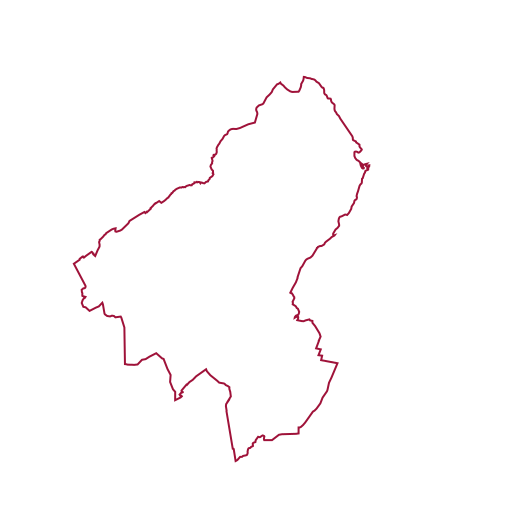 the district of Batarci, Satu Mare, Romania, rotated 307°
{"feature_id": "2599482B29173948913219", "entity_name": "Batarci", "entity_type": "district", "adm_level": 2, "iso_a3": "ROU", "parent_name": "Romania", "parent_adm1": "Satu Mare", "projection": "robinson", "projection_center": [23.175, 48.032], "detail": "fine", "context": "isolated", "style": "outline", "palette": "rose", "viewbox_px": 512, "rotation_deg": 307, "n_neighbors": 0, "source": "geoboundaries", "source_scale": "gbopen_adm2", "svg_char_len": 6136}
<svg xmlns="http://www.w3.org/2000/svg" viewBox="0 0 512 512"><g transform="rotate(307 256 256)"><path d="M427.8,186.4L425.9,187.5L424.4,188.1L420.4,188.6L419.8,189.2L417.7,190.2L414.0,191.1L412.8,191.1L408.8,186.2L408.1,184.3L407.8,180.6L408.1,177.5L408.6,175.4L408.6,172.1L409.2,171.0L407.1,170.4L405.8,169.5L399.2,169.2L396.6,169.9L395.7,169.9L393.1,169.7L389.1,169.0L382.2,170.1L381.1,169.8L378.0,167.7L375.0,167.2L374.1,167.4L372.9,168.1L372.3,168.8L371.5,170.4L370.3,171.6L361.9,174.8L356.6,170.6L348.5,166.1L345.6,163.9L343.7,161.1L342.4,159.9L341.3,159.3L339.3,158.8L338.4,158.8L336.7,159.5L335.9,159.6L333.9,158.5L332.7,158.3L329.4,158.8L326.3,158.6L323.5,159.1L322.3,159.0L319.3,159.4L318.1,159.8L317.6,160.4L316.5,161.1L315.4,162.1L313.7,162.7L312.5,162.5L311.3,161.3L310.8,161.5L311.0,162.4L310.6,162.6L308.1,162.1L308.0,161.7L307.7,161.6L305.8,164.1L304.4,164.5L303.6,165.2L301.5,165.2L300.0,165.8L298.4,168.6L298.2,170.3L296.7,171.6L296.1,171.5L295.7,172.8L293.5,173.1L290.6,172.1L289.7,172.6L287.6,172.4L286.7,172.8L285.1,171.5L283.0,171.1L282.3,169.8L282.3,169.3L281.7,167.9L280.6,167.9L281.1,166.5L280.5,165.5L279.7,165.0L279.5,164.8L279.6,164.1L278.5,163.6L277.8,162.5L276.9,162.9L274.8,161.9L273.8,162.1L273.1,161.3L272.8,160.3L270.0,158.3L268.3,158.0L267.8,157.0L267.2,156.7L266.8,155.7L265.7,155.2L265.0,154.0L262.2,152.4L260.4,151.7L259.1,151.6L258.2,151.1L256.0,151.2L255.4,150.7L254.4,151.0L253.5,150.7L251.7,150.8L250.9,150.6L250.1,150.9L248.7,150.3L246.5,150.0L244.5,149.5L241.5,148.4L241.6,145.6L237.1,144.0L237.2,143.8L236.1,143.6L233.6,143.5L233.8,143.5L230.7,143.0L230.4,143.5L225.4,142.6L225.5,142.1L223.7,141.8L224.0,140.4L218.7,138.0L207.9,133.9L205.3,134.4L196.3,133.0L194.5,132.2L191.4,130.0L191.0,129.0L191.4,128.4L193.6,127.2L192.0,125.8L190.3,124.8L184.1,122.6L182.7,122.8L181.8,122.3L179.5,122.3L176.1,121.8L174.9,121.4L174.1,122.0L172.7,122.3L170.8,124.4L169.3,125.4L165.1,126.1L159.2,127.6L159.3,126.1L160.0,124.9L159.6,124.7L160.5,122.9L160.4,122.2L153.7,120.1L151.4,119.6L151.1,119.5L151.0,119.0L151.5,118.1L151.2,117.8L147.6,116.9L146.9,117.4L140.2,115.2L129.6,137.7L128.9,138.4L127.9,138.7L127.1,138.5L126.3,137.6L124.1,137.1L122.3,138.8L121.8,139.7L120.1,140.9L119.6,141.5L120.7,144.4L119.5,144.5L118.6,144.0L116.4,144.1L113.6,145.1L111.5,148.7L112.5,150.8L112.0,156.1L118.6,159.3L121.1,160.8L126.2,161.4L125.2,162.9L118.8,169.7L118.5,170.4L118.5,173.2L119.9,175.8L121.7,176.9L122.6,178.7L122.4,180.6L126.2,184.4L125.6,185.7L119.7,193.9L90.8,216.4L91.3,217.2L92.1,219.1L94.4,222.2L95.7,224.2L98.1,226.7L104.5,227.4L107.2,229.9L111.5,231.5L118.3,234.8L117.7,242.7L118.2,244.1L112.5,253.3L109.6,259.4L103.7,263.2L99.6,269.9L98.9,273.2L92.2,278.2L97.6,280.9L99.3,281.2L99.5,280.5L98.8,279.9L99.3,278.4L101.4,278.5L103.1,279.5L103.3,279.3L103.0,278.2L103.7,277.5L111.5,277.9L111.5,278.4L115.2,278.7L119.0,280.0L123.9,280.6L135.5,284.3L134.4,286.1L133.3,291.3L133.0,300.2L132.7,302.8L134.9,307.1L135.0,308.0L134.7,309.5L135.2,311.8L135.2,313.7L133.8,314.7L132.0,317.2L128.7,320.4L123.5,320.9L123.7,321.1L119.7,321.3L118.0,322.3L114.7,325.7L114.3,325.8L88.1,353.4L88.5,354.1L88.4,354.4L80.0,363.1L81.8,363.9L86.0,364.2L87.2,365.7L88.6,366.0L90.8,368.0L91.9,368.5L93.7,367.9L94.7,367.0L96.7,366.0L97.8,365.8L98.2,365.9L99.3,366.9L100.7,367.0L102.3,367.9L103.1,367.4L104.0,366.4L104.6,366.2L105.6,366.5L107.0,367.5L108.7,366.6L112.9,366.5L113.4,367.8L113.9,368.3L116.1,369.0L116.8,369.4L117.1,370.9L116.9,371.3L115.1,372.1L114.3,372.8L113.9,373.4L118.6,379.6L127.0,381.9L129.2,383.9L138.1,395.0L139.9,396.8L144.7,393.2L145.4,394.1L146.4,394.7L149.3,395.3L152.5,395.5L166.0,395.1L167.7,395.8L170.5,396.2L177.0,396.1L183.0,394.4L190.6,394.1L192.0,393.7L198.7,390.6L204.5,389.4L219.4,385.6L212.0,370.7L216.2,368.8L214.4,365.6L220.4,363.9L218.4,359.6L226.2,357.3L226.2,357.1L230.5,356.1L232.5,353.2L235.6,345.4L236.6,341.3L238.1,340.1L237.1,337.9L237.5,336.8L234.5,334.4L232.6,333.3L231.6,331.8L229.6,327.6L231.3,327.3L232.6,326.5L232.8,326.1L231.4,324.6L230.0,324.1L230.6,323.8L232.3,323.8L234.6,325.1L235.9,324.8L237.4,324.1L239.1,321.2L239.0,319.8L239.7,318.3L239.8,317.6L239.5,314.4L240.7,313.8L241.4,312.8L245.4,312.0L246.2,311.3L246.3,310.6L247.0,309.3L247.7,307.4L247.8,307.0L247.4,306.4L247.3,305.5L252.6,304.5L259.0,303.7L263.6,302.4L263.9,302.0L273.1,298.9L275.7,299.1L282.0,298.2L283.4,298.3L284.8,298.8L287.5,300.4L290.2,300.9L298.3,300.1L299.1,299.8L299.8,300.2L300.5,300.0L302.6,301.2L302.9,301.8L303.6,302.4L306.3,303.5L308.1,303.1L309.5,303.3L314.4,304.7L316.6,305.0L319.5,306.3L319.9,306.3L319.3,305.9L319.1,305.2L320.0,304.3L320.6,304.1L325.0,303.6L327.5,304.2L330.2,304.2L331.3,303.3L333.3,300.9L335.7,299.7L337.0,299.4L337.9,299.5L339.2,300.5L342.7,302.2L343.2,303.0L343.6,304.1L346.2,304.3L350.9,303.7L353.1,302.6L357.2,302.4L359.4,301.4L360.5,301.5L361.5,302.0L362.3,302.0L363.8,301.2L364.3,300.3L366.5,299.3L369.1,298.5L374.3,296.5L376.0,296.3L377.3,296.6L378.2,296.4L381.5,294.2L382.4,294.4L386.7,292.9L388.3,292.8L389.3,292.3L389.9,292.2L392.4,293.6L392.9,293.4L392.6,292.6L392.8,292.2L393.2,292.0L393.7,291.9L394.4,292.4L395.6,292.5L396.6,291.9L395.9,291.2L394.9,291.6L394.1,290.7L394.1,289.8L394.7,289.1L395.2,288.9L396.3,289.0L394.7,287.7L393.7,287.3L393.3,286.6L393.3,285.6L392.9,286.2L392.3,286.5L392.4,287.1L391.4,287.9L391.3,289.1L390.8,289.3L390.2,288.8L390.1,287.7L391.2,285.4L393.5,282.6L393.7,280.4L393.4,279.3L393.4,278.3L394.0,276.2L395.1,274.4L397.9,272.3L398.5,272.1L399.1,272.4L399.7,273.2L400.1,274.2L400.1,275.4L400.5,275.9L401.5,276.3L403.3,276.5L404.4,276.5L404.8,276.3L405.3,273.8L405.7,272.8L407.2,271.6L407.0,267.6L407.6,266.9L407.0,263.8L407.3,263.3L408.8,262.0L409.6,260.8L416.4,240.7L417.7,238.0L418.0,235.2L418.9,233.5L419.2,232.1L419.6,231.3L420.7,230.1L423.8,228.0L424.2,227.2L424.3,224.1L425.1,222.6L426.0,221.8L426.5,220.9L426.0,219.9L425.3,219.0L425.1,218.4L426.6,215.9L426.8,215.3L426.6,213.7L427.2,212.4L429.5,210.6L430.7,209.1L430.8,208.4L430.4,207.8L430.5,206.6L431.9,202.2L431.6,199.4L432.0,197.6L432.0,196.4L431.3,194.6L430.9,194.0L430.5,192.3L428.9,189.6L428.4,187.4L427.8,186.4Z" fill="none" stroke="#9f1239" stroke-width="2"/></g></svg>